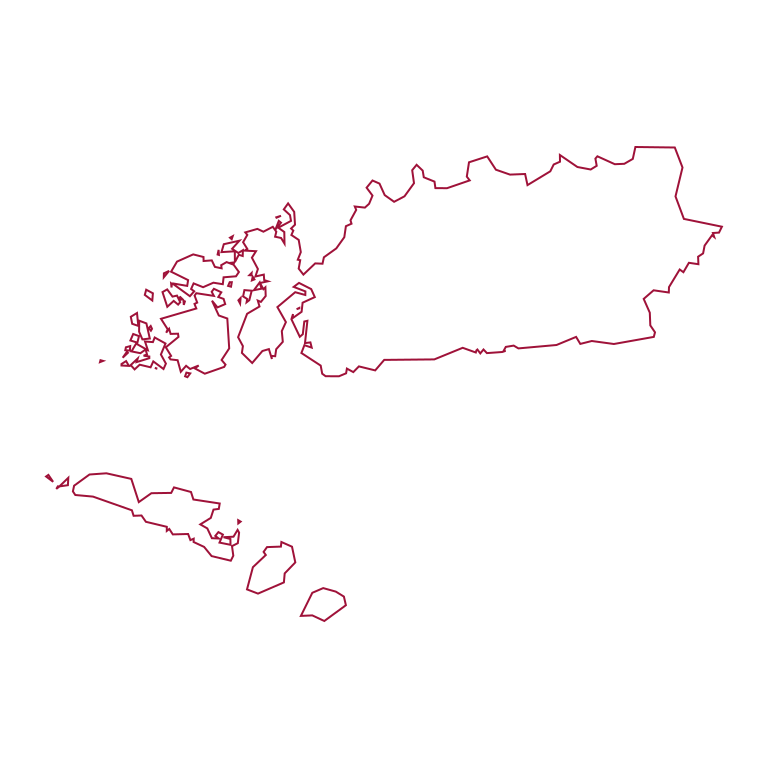 outline of Conamara South Lea-5, Galway, Ireland
{"feature_id": "5873133B18707060070656", "entity_name": "Conamara South Lea-5", "entity_type": "district", "adm_level": 2, "iso_a3": "IRL", "parent_name": "Ireland", "parent_adm1": "Galway", "projection": "mercator", "projection_center": [-9.603, 53.216], "detail": "fine", "context": "isolated", "style": "outline", "palette": "rose", "viewbox_px": 768, "rotation_deg": 0, "n_neighbors": 0, "source": "geoboundaries", "source_scale": "gbopen_adm2", "svg_char_len": 6150}
<svg xmlns="http://www.w3.org/2000/svg" viewBox="0 0 768 768"><path d="M674.8,147.5L635.4,147.0L632.8,158.9L624.3,163.8L614.8,164.2L597.4,156.3L595.4,158.6L596.7,165.8L590.7,169.5L577.4,167.0L559.9,155.0L560.0,161.7L553.7,164.5L550.3,171.3L527.5,185.1L525.1,174.0L510.0,174.6L495.9,169.7L487.2,156.4L469.0,162.3L466.8,176.6L469.7,180.4L447.0,188.2L435.4,188.1L434.5,181.6L423.8,177.3L422.7,170.6L416.6,164.8L412.2,170.2L414.0,183.2L404.5,196.3L394.1,201.8L384.7,195.1L379.5,183.6L372.5,180.5L366.6,187.7L372.5,195.6L369.1,203.8L364.9,207.6L354.8,206.5L356.2,209.9L350.5,220.3L351.5,223.7L345.9,226.2L344.3,237.2L336.3,248.4L323.9,257.3L322.5,263.7L315.2,263.4L303.4,274.6L298.7,268.6L300.2,260.2L297.8,259.7L300.8,252.1L298.7,239.9L291.4,235.0L293.3,230.6L291.1,228.5L295.0,224.7L294.2,211.9L288.1,203.4L283.8,209.4L290.0,215.1L291.0,220.9L278.3,227.7L284.3,232.0L284.5,243.6L281.1,238.0L275.1,236.7L276.3,231.7L272.8,226.8L263.4,231.7L257.4,228.9L245.3,232.4L247.3,234.9L243.1,242.2L247.3,248.9L244.7,250.6L256.0,251.2L251.9,257.7L257.9,269.0L255.4,276.5L263.8,274.6L264.2,280.1L267.9,281.3L260.0,283.0L263.4,289.2L265.4,287.3L265.7,296.0L260.9,301.9L257.8,300.6L259.5,306.5L247.1,313.8L238.1,337.2L242.9,346.1L241.9,352.9L252.2,363.0L262.4,351.0L268.9,349.1L271.9,359.0L271.4,355.9L275.2,356.2L276.2,349.2L282.8,341.8L281.8,331.1L285.9,322.1L277.4,307.1L295.2,292.2L305.3,295.0L305.4,291.4L293.7,286.9L299.0,282.9L311.2,289.1L314.8,297.1L302.6,302.7L301.6,311.8L292.7,318.1L293.0,314.1L291.4,319.2L299.8,336.8L302.8,334.2L304.3,321.5L307.4,320.8L305.0,343.1L310.4,342.4L311.7,347.6L304.4,345.2L301.4,353.0L320.7,365.6L322.2,373.7L325.6,376.2L338.9,376.3L346.1,373.3L346.9,368.6L353.3,372.1L358.9,366.4L375.2,370.4L384.2,359.9L434.3,359.4L462.7,347.8L475.8,352.5L476.4,350.4L477.4,349.5L480.3,353.4L483.5,349.5L486.9,353.1L502.2,352.0L505.6,350.9L503.7,350.7L505.8,346.9L513.7,345.6L518.4,348.4L556.5,345.0L576.1,336.9L580.3,343.9L591.8,341.0L613.9,344.0L653.8,336.9L655.0,332.3L650.3,325.4L649.8,312.7L643.7,298.9L653.6,290.3L668.8,292.5L669.0,287.1L679.7,269.5L683.4,272.2L688.9,262.8L698.4,264.2L698.1,256.7L703.1,253.4L704.6,245.6L712.0,235.3L714.2,237.0L712.9,233.0L719.0,232.6L721.9,226.7L683.9,218.9L675.5,196.4L682.5,167.5L674.8,147.5ZM219.7,503.5L193.4,499.5L191.0,492.0L174.0,487.4L171.2,492.9L151.4,493.2L138.8,502.1L131.3,478.9L106.4,473.3L89.5,474.5L74.1,485.7L72.9,491.4L75.3,495.0L93.0,496.6L131.9,510.3L133.6,515.8L141.5,515.5L145.9,521.8L166.8,526.8L166.8,530.9L169.3,529.0L172.8,534.4L188.1,534.0L190.4,540.1L193.7,538.7L193.6,542.0L204.1,546.9L211.6,556.1L230.8,560.7L233.3,555.7L232.0,546.1L237.8,543.2L239.1,532.7L237.6,529.9L233.5,536.7L223.5,537.2L230.4,539.0L230.5,544.8L219.5,542.6L222.9,534.6L218.4,532.1L215.3,535.9L218.7,538.5L211.9,538.2L207.3,528.4L200.3,524.4L210.8,517.9L213.5,509.6L218.8,508.9L219.7,503.5ZM229.2,348.4L227.3,318.5L218.8,315.5L212.0,300.7L217.5,307.4L225.2,304.1L223.6,298.9L218.3,297.0L221.3,292.3L213.9,288.8L211.7,291.8L213.9,295.9L196.3,293.2L194.6,295.6L197.2,302.6L194.5,303.9L196.3,308.5L161.0,318.8L167.7,329.3L166.2,332.7L169.1,328.8L170.6,333.9L178.0,333.7L178.5,336.9L165.8,347.3L171.1,355.9L169.1,357.4L170.5,359.4L177.6,360.2L180.8,371.8L186.1,365.8L190.1,369.0L198.7,365.5L194.8,368.4L204.8,373.7L224.2,366.9L225.5,364.6L221.6,360.0L229.2,348.4ZM252.9,567.2L247.0,589.4L258.0,593.6L283.9,582.4L284.7,573.4L295.3,562.4L292.0,546.7L281.4,542.0L280.9,546.6L267.0,547.1L263.6,551.9L265.8,555.0L252.9,567.2ZM193.2,254.4L177.0,261.6L171.1,271.7L188.1,280.1L187.2,285.9L172.2,283.3L189.9,296.2L194.2,291.3L191.1,289.0L193.6,283.4L203.1,287.2L213.4,282.7L222.8,284.2L223.6,277.3L236.0,276.3L238.9,272.0L233.6,264.7L226.6,262.1L221.2,265.2L221.6,268.3L214.9,266.9L211.8,260.4L203.6,261.0L203.5,257.0L193.2,254.4ZM312.3,592.8L300.9,615.9L312.3,615.4L324.3,621.0L345.9,605.2L343.9,596.6L335.8,591.6L323.2,588.1L312.3,592.8ZM165.5,343.5L154.7,337.5L152.9,342.1L145.0,341.5L147.9,350.3L145.6,349.6L147.0,354.4L143.6,355.7L149.3,356.5L149.3,358.2L136.6,362.1L137.7,358.5L130.7,365.1L134.6,369.4L139.7,364.7L150.6,367.3L153.3,361.4L163.5,369.0L165.9,363.6L160.9,354.5L165.5,343.5ZM239.4,240.7L223.8,244.2L221.5,252.1L234.8,251.3L234.9,262.1L238.8,254.8L242.7,256.0L242.9,250.2L238.3,253.0L232.1,248.8L239.4,240.7ZM162.5,292.1L167.3,306.8L173.7,300.9L178.1,304.6L180.2,302.2L177.0,295.6L172.5,296.6L167.2,289.4L162.5,292.1ZM146.4,323.4L139.2,320.7L139.1,331.7L142.4,339.4L149.8,338.5L146.4,323.4ZM146.0,349.2L136.1,343.6L131.5,351.4L140.4,353.2L146.0,349.2ZM244.4,290.1L243.1,296.4L247.2,299.0L246.6,302.3L249.3,300.2L251.7,290.7L244.4,290.1ZM132.2,323.8L138.3,325.9L137.0,313.0L130.8,316.8L132.2,323.8ZM152.9,293.3L146.2,289.7L144.8,294.9L152.3,300.5L152.9,293.3ZM139.0,336.1L133.2,334.0L130.4,340.5L137.4,342.6L139.0,336.1ZM68.3,477.8L59.4,486.4L67.9,485.2L68.3,477.8ZM259.7,282.4L253.9,290.2L261.5,288.7L259.7,282.4ZM53.1,481.8L48.4,474.9L46.1,476.5L53.1,481.8ZM126.1,361.1L121.5,364.0L121.5,365.5L128.9,365.9L126.1,361.1ZM169.1,270.9L163.9,273.3L163.8,277.3L169.1,270.9ZM130.2,346.1L125.9,347.3L125.3,350.2L129.9,350.6L130.2,346.1ZM185.1,376.3L187.4,377.2L190.2,373.4L186.4,372.6L185.1,376.3ZM126.9,351.8L122.7,357.7L127.9,352.8L126.9,351.8ZM278.8,220.9L275.5,229.4L281.0,222.7L278.8,220.9ZM231.8,282.2L229.7,282.2L228.1,285.9L231.0,286.7L231.8,282.2ZM148.7,328.1L150.9,330.7L152.0,328.8L150.7,326.0L148.7,328.1ZM238.4,300.3L240.1,303.6L240.6,298.0L238.4,300.3ZM218.9,254.9L218.6,249.9L217.6,254.5L218.9,254.9ZM254.4,279.4L252.7,276.7L251.9,280.4L254.4,279.4ZM238.3,523.4L240.6,521.6L238.2,520.2L238.3,523.4ZM171.5,287.5L171.9,283.9L171.1,283.3L171.5,287.5ZM183.8,304.9L184.9,301.4L183.5,300.8L183.8,304.9ZM231.7,239.2L232.7,236.2L230.0,237.7L231.7,239.2ZM276.5,217.7L281.0,215.8L276.3,217.3L276.5,217.7ZM251.6,273.0L249.4,275.2L251.4,275.3L251.6,273.0ZM179.7,296.5L180.8,299.7L182.5,299.2L179.7,296.5ZM103.1,360.9L100.5,360.2L100.0,362.1L103.1,360.9ZM234.2,262.4L231.7,262.7L233.5,264.3L234.2,262.4ZM57.9,486.3L56.3,488.9L59.4,486.5L57.9,486.3ZM296.6,309.2L299.3,308.3L299.3,307.9L296.6,309.2ZM156.4,368.6L157.2,368.6L154.9,367.8L156.4,368.6Z" fill="none" stroke="#9f1239" stroke-width="2"/></svg>